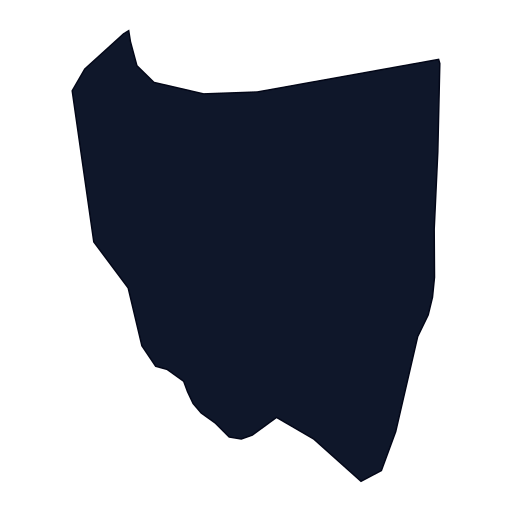 Jakarta Raya, Natural Earth projection
{"feature_id": "IDN-1227", "entity_name": "Jakarta Raya", "entity_type": "Special district", "adm_level": 1, "iso_a3": "IDN", "parent_name": "Indonesia", "parent_adm1": "", "projection": "natural_earth1", "projection_center": [106.832, -6.22], "detail": "fine", "context": "isolated", "style": "filled", "palette": "ink", "viewbox_px": 512, "rotation_deg": 0, "n_neighbors": 0, "source": "natural_earth", "source_scale": "10m", "svg_char_len": 549}
<svg xmlns="http://www.w3.org/2000/svg" viewBox="0 0 512 512"><path d="M128.7,30.7L130.4,41.5L136.9,65.7L153.9,82.4L203.6,93.9L257.2,92.0L438.6,59.4L439.8,63.5L437.8,151.9L434.2,229.1L434.5,277.3L432.5,297.2L428.2,314.9L417.7,336.5L395.7,431.6L381.4,470.5L361.0,481.3L313.7,439.0L276.5,417.4L252.3,435.1L241.3,439.0L229.2,437.0L215.2,423.0L201.2,413.0L193.1,403.5L187.5,391.6L183.7,381.3L167.1,369.4L155.7,366.3L141.9,345.8L128.2,288.0L93.8,241.9L72.2,90.8L84.8,69.0L123.6,33.8L128.7,30.7Z" fill="#0f172a" stroke="#020617" stroke-width="1.5"/></svg>